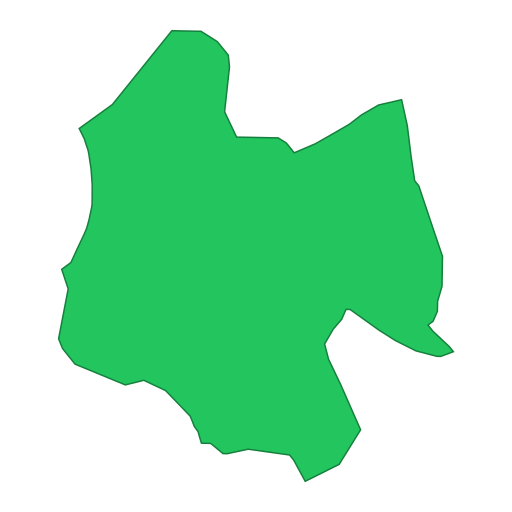 the district of Kesm Tahta, Suhaj, Egypt
{"feature_id": "37247803B59901173509251", "entity_name": "Kesm Tahta", "entity_type": "district", "adm_level": 2, "iso_a3": "EGY", "parent_name": "Egypt", "parent_adm1": "Suhaj", "projection": "equal_earth", "projection_center": [31.491, 26.766], "detail": "fine", "context": "isolated", "style": "filled", "palette": "green", "viewbox_px": 512, "rotation_deg": 0, "n_neighbors": 0, "source": "geoboundaries", "source_scale": "gbopen_adm2", "svg_char_len": 1193}
<svg xmlns="http://www.w3.org/2000/svg" viewBox="0 0 512 512"><path d="M305.2,481.3L339.2,464.3L360.6,429.8L340.6,384.4L328.5,359.1L324.6,344.0L333.2,329.2L341.7,319.3L346.0,309.4L350.1,309.5L358.4,315.4L378.9,330.1L395.3,340.5L416.0,350.9L436.7,356.3L440.8,356.4L453.4,351.7L449.3,346.6L432.9,331.2L428.0,325.1L433.1,321.2L437.4,311.3L437.6,301.3L442.0,286.4L442.5,256.4L433.0,228.3L418.8,185.9L414.7,180.8L411.0,155.7L407.3,125.6L401.6,99.7L378.6,105.0L361.8,114.7L349.1,124.4L332.3,134.1L315.5,143.7L294.2,152.8L286.4,143.1L278.2,137.9L253.3,137.4L236.6,137.1L224.6,111.8L229.5,66.9L228.3,55.2L217.4,41.7L201.0,31.3L180.2,30.9L171.9,30.7L171.6,31.1L171.3,31.4L112.4,104.5L79.2,128.5L84.3,138.8L85.4,142.3L88.0,150.0L88.9,154.3L89.7,160.0L91.1,169.2L92.2,184.9L92.1,204.1L91.6,207.6L88.9,220.3L86.7,228.1L84.1,234.3L77.4,248.4L75.2,253.3L70.9,262.5L61.7,269.3L68.2,288.9L63.4,313.7L58.6,338.8L62.6,348.6L75.1,364.2L112.0,379.4L125.3,384.9L143.8,380.3L165.6,390.6L182.3,407.9L190.3,416.3L193.1,423.3L194.3,426.4L198.1,431.7L198.9,434.7L201.4,443.2L210.7,443.4L223.0,453.6L227.2,453.7L248.1,449.2L289.6,455.0L293.7,460.1L305.2,481.3Z" fill="#22c55e" stroke="#15803d" stroke-width="1.5"/></svg>